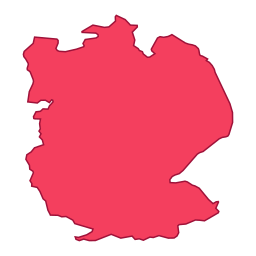 SVG path tracing the border of Lincolnshire
{"feature_id": "GBR-2081", "entity_name": "Lincolnshire", "entity_type": "Administrative County", "adm_level": 1, "iso_a3": "GBR", "parent_name": "United Kingdom", "parent_adm1": "", "projection": "natural_earth1", "projection_center": [-0.294, 53.122], "detail": "fine", "context": "isolated", "style": "filled", "palette": "rose", "viewbox_px": 256, "rotation_deg": 0, "n_neighbors": 0, "source": "natural_earth", "source_scale": "10m", "svg_char_len": 2279}
<svg xmlns="http://www.w3.org/2000/svg" viewBox="0 0 256 256"><path d="M171.9,34.6L185.3,43.0L188.8,44.2L192.2,44.8L195.4,45.9L198.3,48.6L198.9,50.3L199.3,52.7L199.7,54.8L200.8,55.7L202.4,56.1L207.6,59.0L206.3,60.6L209.4,62.4L212.2,65.6L214.3,69.3L215.1,72.4L229.9,103.7L232.5,112.5L232.6,122.4L228.9,134.5L227.8,136.1L225.8,136.8L222.2,137.4L219.2,138.8L203.1,151.5L199.7,152.6L197.3,154.1L183.1,170.4L179.3,173.6L175.0,175.0L172.2,176.5L169.8,179.7L170.1,182.6L175.6,182.9L185.0,181.2L187.3,181.9L192.4,185.2L194.9,185.9L199.2,188.2L208.5,199.5L213.0,203.6L216.2,201.8L218.8,201.5L218.7,201.5L218.3,202.5L215.8,208.3L218.8,211.4L218.3,212.8L204.5,220.8L199.5,220.2L195.4,220.0L185.9,224.0L179.2,224.6L177.8,225.8L178.7,232.7L177.0,236.0L174.1,238.0L168.3,238.1L159.3,235.7L159.0,235.6L153.3,237.5L149.9,237.1L143.4,240.2L139.2,238.8L135.1,239.4L132.1,236.1L120.8,238.1L111.2,234.3L95.4,240.5L89.3,240.6L83.7,239.1L79.3,240.6L76.0,239.3L75.2,236.9L78.5,237.4L86.7,234.8L92.1,231.6L93.0,229.0L74.8,223.6L72.8,220.1L66.1,216.5L61.7,216.8L58.0,215.3L50.4,215.1L50.3,214.8L47.9,210.1L45.7,201.0L43.1,198.8L39.9,191.4L37.2,187.4L31.7,186.2L31.8,183.5L30.0,180.7L33.4,172.8L32.9,171.2L29.8,169.2L29.4,165.2L25.9,159.3L26.8,154.8L31.2,151.9L34.5,147.8L43.6,144.7L42.3,139.9L39.4,136.9L41.0,133.8L39.0,131.1L40.3,128.9L39.6,123.7L40.5,119.0L34.7,118.8L33.8,118.5L33.5,116.6L36.0,111.8L40.4,111.3L43.0,108.9L48.0,109.1L49.5,105.8L53.1,101.8L52.7,100.2L51.6,99.8L49.4,102.6L45.4,100.2L40.8,100.3L37.3,103.0L27.8,101.9L29.3,91.6L32.9,83.9L33.5,81.4L33.2,79.6L30.3,72.2L29.5,71.2L28.3,70.5L27.3,69.7L27.2,68.2L28.0,65.7L28.3,64.4L28.1,63.2L25.7,59.0L23.9,56.7L23.4,54.3L24.2,51.4L29.9,46.3L33.2,43.4L34.6,37.1L56.9,39.1L58.1,40.4L58.1,43.1L55.9,48.5L57.3,50.5L59.2,51.3L65.4,51.7L76.4,49.2L83.8,46.7L84.1,45.7L83.0,43.5L85.2,39.5L96.0,38.0L98.2,36.5L98.0,34.6L95.8,33.1L82.1,32.4L82.0,31.5L92.9,25.1L104.4,27.4L108.9,26.9L115.5,21.1L115.3,16.8L116.3,15.4L117.1,15.8L125.2,19.6L130.4,25.1L137.2,25.4L137.3,27.0L132.3,32.1L134.8,40.0L133.6,45.6L138.2,48.6L139.4,50.5L142.4,51.7L143.3,54.0L147.5,57.3L149.7,57.1L154.9,53.7L151.7,50.8L151.3,49.2L157.5,38.0L160.0,36.7L163.7,37.3L168.0,36.5L170.7,35.3L171.0,35.1L171.9,34.6L171.9,34.6Z" fill="#f43f5e" stroke="#9f1239" stroke-width="1.5"/></svg>